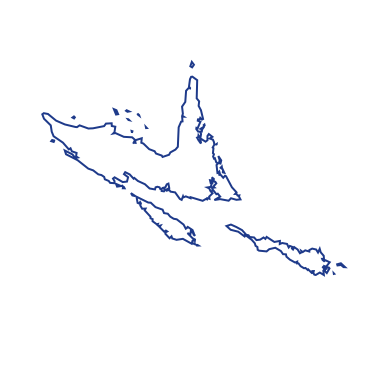 Masbate, Masbate, Philippines (Robinson projection), rotated 153°
{"feature_id": "2640588B67488359993346", "entity_name": "Masbate", "entity_type": "district", "adm_level": 2, "iso_a3": "PHL", "parent_name": "Philippines", "parent_adm1": "Masbate", "projection": "robinson", "projection_center": [123.452, 12.45], "detail": "fine", "context": "isolated", "style": "outline", "palette": "blue", "viewbox_px": 384, "rotation_deg": 153, "n_neighbors": 0, "source": "geoboundaries", "source_scale": "gbopen_adm2", "svg_char_len": 6101}
<svg xmlns="http://www.w3.org/2000/svg" viewBox="0 0 384 384"><g transform="rotate(153 192 192)"><path d="M152.2,163.4L152.2,166.7L151.4,167.5L153.0,168.1L153.2,170.1L154.4,170.7L152.5,171.5L154.3,178.1L154.5,190.6L155.2,191.5L157.7,190.5L159.0,195.5L160.6,194.4L158.7,196.1L158.4,197.8L160.0,197.1L160.7,197.3L157.9,204.9L155.8,205.7L156.9,207.4L156.3,211.7L157.2,211.7L157.1,214.0L155.3,215.7L155.7,217.1L153.0,221.3L153.4,222.2L150.6,224.1L149.8,226.4L149.6,229.1L151.9,231.6L148.8,231.9L150.7,236.0L152.8,234.9L154.7,231.1L157.1,230.7L160.4,236.3L161.6,231.9L162.2,231.9L162.5,233.6L161.7,234.3L162.7,235.0L162.8,238.1L161.7,237.9L160.5,239.6L160.2,236.5L159.9,236.5L157.6,239.5L157.3,241.9L159.1,243.1L159.6,246.2L158.9,247.2L158.0,246.3L152.6,250.8L154.5,252.9L153.7,254.0L152.1,253.3L151.0,254.3L150.3,252.0L149.0,252.0L146.9,260.8L147.0,265.7L144.5,269.5L145.3,273.3L136.6,289.3L139.3,294.6L140.5,295.0L142.6,293.4L146.8,287.3L146.5,285.5L146.7,285.2L147.8,286.2L151.3,284.9L157.1,275.3L162.1,272.6L164.6,265.9L166.0,264.4L165.1,262.8L166.6,263.6L168.4,259.2L169.8,259.6L174.5,255.7L184.1,238.7L187.5,237.3L193.3,237.1L195.5,235.6L202.3,236.6L202.4,238.2L206.6,242.6L206.8,245.3L210.7,249.6L213.3,257.2L214.8,258.9L212.4,262.7L219.2,263.9L220.0,261.4L221.4,262.4L222.5,261.8L219.1,264.3L220.5,267.9L227.7,272.1L233.5,279.3L235.7,279.9L233.9,280.5L230.7,285.0L233.5,287.2L232.4,289.7L237.6,292.0L240.4,290.6L251.3,293.7L255.5,295.6L261.9,302.4L265.0,302.0L266.4,302.9L274.6,309.9L280.7,317.3L284.9,326.9L288.3,329.5L290.1,329.2L290.6,324.5L287.6,315.5L289.6,309.4L290.0,304.5L284.6,294.6L282.4,285.9L280.4,286.1L280.6,282.8L277.1,279.2L279.1,276.4L278.1,274.6L280.6,275.3L281.4,279.7L286.5,286.7L287.1,282.8L279.5,272.3L273.8,259.9L270.2,256.1L267.5,250.3L265.0,248.2L263.4,245.3L263.9,242.9L261.2,239.7L260.8,237.3L257.2,235.1L256.1,236.8L256.3,239.8L254.3,240.2L249.2,232.3L245.2,230.8L242.2,234.2L244.5,238.8L242.5,240.0L239.5,235.9L238.0,230.4L237.0,230.7L235.2,226.4L230.4,220.3L228.2,214.4L223.8,211.1L222.3,212.7L220.5,212.4L218.8,210.9L218.9,209.1L217.6,208.8L218.6,206.7L216.7,205.3L214.7,206.1L215.8,208.0L215.7,208.8L213.6,208.3L211.0,210.3L209.2,210.2L210.5,205.8L213.7,205.8L213.9,204.7L211.3,204.1L211.0,202.1L207.2,199.3L206.0,191.4L204.8,189.7L201.9,192.3L202.0,191.1L199.5,190.9L196.1,187.1L195.6,188.0L186.5,179.3L182.8,179.5L181.9,178.6L181.2,179.6L179.5,178.0L178.8,180.1L174.3,181.5L174.7,182.9L173.8,183.7L175.1,184.3L175.0,187.4L176.3,189.1L172.9,188.0L170.5,190.8L171.3,191.4L170.6,194.3L168.1,192.4L168.3,193.7L167.7,195.3L167.4,195.4L166.6,193.9L167.9,191.4L166.6,190.5L166.4,188.7L170.6,187.1L170.0,185.8L172.2,186.5L172.6,185.6L171.3,179.0L169.8,178.8L169.0,175.1L175.7,174.7L170.2,172.9L163.3,167.6L160.1,168.7L156.0,164.9L152.2,163.4ZM112.2,58.2L110.7,62.3L108.9,63.2L109.8,66.3L107.8,64.0L107.6,65.8L106.3,64.6L101.2,66.9L104.1,70.6L105.7,70.4L106.5,72.3L106.4,73.3L104.8,72.4L103.6,75.4L104.7,79.8L104.0,83.4L107.2,80.9L107.5,84.4L110.6,87.0L113.8,87.0L114.5,85.7L117.6,88.6L120.6,88.2L121.4,89.9L121.7,88.5L123.6,88.4L124.0,92.8L125.9,96.4L128.1,94.9L128.6,96.3L127.3,97.3L129.3,99.5L131.0,98.7L130.9,102.6L134.8,105.6L137.4,105.8L135.9,108.5L141.3,110.1L145.9,118.1L147.9,116.9L148.9,119.0L152.9,118.6L156.4,119.9L157.3,123.3L161.0,125.7L161.3,127.8L163.1,129.3L164.7,135.3L168.4,140.7L172.1,145.3L176.7,146.0L174.7,140.8L168.8,135.6L164.9,127.6L165.5,129.6L164.2,129.9L160.5,122.3L159.3,117.8L159.8,115.2L158.7,113.3L159.7,110.7L158.9,109.3L152.5,105.2L149.1,106.0L143.1,104.5L139.6,99.0L139.1,95.3L136.6,93.8L137.2,91.5L135.5,87.3L132.1,82.3L129.9,82.2L130.8,80.7L129.5,80.1L128.9,76.6L126.8,73.2L125.4,72.8L124.3,70.0L123.6,70.3L122.0,65.4L120.8,65.2L120.5,66.8L119.4,66.3L120.7,64.7L120.5,62.8L119.4,61.9L114.7,62.2L112.2,58.2ZM215.8,146.1L213.7,148.3L212.3,147.8L212.0,149.1L214.7,157.4L212.6,155.2L210.8,157.7L209.2,153.6L208.8,157.9L212.1,163.6L211.9,162.4L214.2,162.1L214.3,166.8L218.0,174.6L220.5,176.5L222.6,180.0L223.4,183.6L226.5,185.9L226.2,189.6L231.4,195.1L233.6,201.2L235.8,202.5L243.6,213.0L245.4,207.0L244.4,205.8L242.8,206.6L242.7,205.1L244.2,203.5L244.0,199.7L240.9,198.3L242.5,197.1L240.2,188.9L240.9,187.4L239.4,185.7L240.4,183.9L238.1,179.3L236.9,179.0L237.8,178.2L237.2,176.8L235.2,176.4L236.8,175.5L234.8,169.3L232.8,169.5L232.0,168.1L233.9,168.1L234.7,166.9L233.0,161.0L230.4,161.8L230.7,159.6L227.5,156.4L221.4,154.4L215.8,146.1ZM222.5,294.9L222.2,299.2L224.0,301.3L224.5,295.5L222.5,294.9ZM135.3,303.0L132.5,304.5L133.1,308.0L136.4,304.8L135.3,303.0ZM108.7,58.6L104.2,61.5L104.4,62.6L106.3,63.9L106.9,62.6L108.6,62.6L109.5,61.1L108.7,58.6ZM89.7,55.5L91.7,60.9L95.5,61.7L95.7,60.5L92.3,59.3L91.1,56.3L89.7,55.5ZM153.7,204.4L151.6,206.9L152.2,212.1L152.9,207.8L154.9,205.5L153.7,204.4ZM256.3,230.8L252.5,229.5L256.0,233.7L256.3,230.8ZM156.4,240.7L154.6,243.1L151.4,244.8L155.7,244.4L154.9,243.6L156.4,240.7ZM294.3,301.2L292.5,299.4L292.0,299.8L291.8,300.1L291.5,300.2L291.4,300.4L293.0,301.8L294.3,301.2ZM246.7,216.0L244.3,214.0L246.9,218.7L246.7,216.0ZM263.7,311.1L262.5,311.7L262.9,312.9L264.7,312.6L263.7,311.1ZM212.7,143.2L213.2,145.1L215.1,146.0L213.2,144.5L212.7,143.2ZM155.6,195.5L154.5,194.5L154.4,197.5L155.6,195.5ZM211.4,292.3L213.1,294.5L213.9,294.3L213.1,292.8L211.4,292.3ZM250.4,225.9L250.4,227.3L250.9,227.9L251.9,226.7L250.4,225.9ZM169.9,190.9L169.5,192.3L170.0,192.9L170.7,191.7L169.9,190.9ZM205.0,286.6L205.1,285.6L204.3,283.9L204.2,284.6L205.0,286.6ZM203.9,269.8L203.2,269.5L203.6,270.9L203.9,269.8ZM210.6,141.4L211.2,142.4L212.1,142.9L211.9,142.0L210.6,141.4ZM155.0,199.6L154.2,200.3L153.9,201.2L155.5,200.6L155.0,199.6ZM151.2,245.3L150.5,245.6L150.3,246.5L151.2,246.3L151.2,245.3ZM209.4,151.6L209.2,152.6L209.8,153.7L209.9,153.3L209.4,151.6ZM218.1,273.8L218.6,272.0L217.5,273.2L218.1,273.8ZM211.6,147.3L210.9,148.3L211.4,149.0L211.6,148.5L211.6,147.3ZM149.8,223.4L148.4,223.3L148.2,223.6L149.8,223.4ZM215.3,284.5L215.7,285.7L216.1,286.0L215.9,285.0L215.3,284.5ZM251.5,228.9L251.2,229.2L251.7,230.0L251.5,228.9ZM102.8,54.6L102.4,54.5L102.6,55.2L102.8,54.6Z" fill="none" stroke="#1e3a8a" stroke-width="2"/></g></svg>